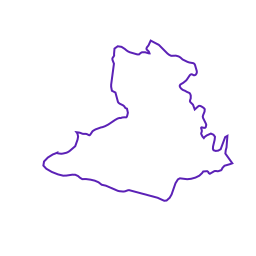 the County of Shkodër, rotated 252°
{"feature_id": "ALB-1498", "entity_name": "Shkodër", "entity_type": "County", "adm_level": 1, "iso_a3": "ALB", "parent_name": "Albania", "parent_adm1": "", "projection": "albers", "projection_center": [19.744, 42.245], "detail": "fine", "context": "isolated", "style": "outline", "palette": "violet", "viewbox_px": 256, "rotation_deg": 252, "n_neighbors": 0, "source": "natural_earth", "source_scale": "10m", "svg_char_len": 2891}
<svg xmlns="http://www.w3.org/2000/svg" viewBox="0 0 256 256"><g transform="rotate(252 128 128)"><path d="M126.2,50.7L126.4,52.9L126.1,52.7L125.3,54.0L124.1,56.6L123.8,58.2L123.5,61.6L123.6,63.1L124.1,65.2L127.0,72.2L132.5,76.4L135.3,77.9L138.3,78.2L139.9,77.7L138.8,80.0L138.4,80.7L137.7,81.6L137.1,82.3L136.5,83.1L136.1,84.0L135.4,86.2L134.8,87.1L133.3,88.6L133.0,89.2L133.3,90.0L135.9,93.3L136.3,94.7L136.7,96.6L136.9,102.3L136.7,104.1L136.8,106.7L137.4,110.3L139.6,118.0L140.2,121.0L140.2,123.0L139.9,123.6L139.7,124.3L139.8,125.3L139.7,126.1L139.3,127.9L138.7,129.5L139.1,130.4L140.2,131.2L142.5,132.6L146.7,133.0L147.6,131.9L148.0,131.6L148.6,131.4L149.3,131.3L150.2,130.9L151.2,130.2L153.6,127.7L154.7,126.9L155.8,126.5L165.6,127.0L168.4,124.2L172.4,124.7L174.5,125.4L193.5,134.5L197.5,134.3L198.7,134.5L199.7,135.3L200.3,136.3L201.2,137.2L202.7,137.6L207.7,139.7L208.9,143.5L207.2,146.9L204.3,149.3L202.2,150.6L200.7,151.8L199.5,153.1L195.1,159.6L194.6,161.3L195.4,163.1L195.7,164.6L194.8,167.6L192.4,171.1L192.3,171.5L194.2,171.4L195.5,170.8L196.7,170.1L197.6,170.0L198.8,170.8L200.2,173.0L204.1,176.6L197.4,183.1L186.7,188.5L184.8,189.8L183.3,191.4L182.0,195.9L180.4,198.3L178.9,199.6L176.3,201.1L172.6,204.9L171.4,206.5L169.5,210.1L168.6,210.9L167.3,211.2L160.8,211.0L159.3,210.5L158.4,209.7L157.7,208.7L157.6,207.7L157.8,206.9L159.2,205.5L159.5,204.9L159.5,204.1L159.1,203.1L155.9,199.0L155.2,197.9L153.9,194.5L153.4,192.2L153.1,191.1L152.1,190.2L151.1,190.1L149.3,190.6L147.4,191.8L145.8,193.7L144.1,195.2L142.9,196.6L142.1,197.4L140.8,197.7L139.4,197.7L136.8,196.8L135.5,195.8L134.4,195.2L133.3,195.3L130.1,197.0L125.0,197.2L126.9,201.5L127.1,202.3L126.9,203.1L126.3,204.0L125.1,205.1L123.7,206.2L122.2,206.8L120.0,205.9L117.0,203.4L115.7,202.6L114.3,202.5L108.2,203.4L106.8,203.4L105.3,202.5L104.7,202.1L104.4,201.4L104.6,200.4L105.2,199.4L105.7,198.6L105.9,198.1L105.7,197.7L105.2,197.5L103.3,197.5L102.3,197.3L101.3,196.7L100.7,196.2L100.2,195.9L99.6,195.8L96.8,196.2L95.0,197.0L95.7,197.9L96.6,200.5L97.1,205.1L95.2,207.2L92.8,208.0L89.9,206.7L84.2,203.2L81.9,202.3L80.4,202.5L79.1,204.3L78.6,206.8L79.2,209.6L89.3,217.6L89.8,220.1L79.1,215.7L76.7,214.1L73.6,212.7L62.2,216.3L62.1,213.9L62.3,208.1L60.9,205.6L59.4,204.1L59.0,203.2L59.1,202.3L59.0,200.8L59.2,199.7L59.9,198.5L60.3,196.9L59.2,191.7L60.1,190.9L61.5,190.7L62.5,189.9L63.4,186.1L62.2,184.5L60.6,181.1L60.0,176.8L60.2,172.3L61.0,168.5L64.1,161.8L63.7,159.6L63.3,159.1L60.8,156.1L51.3,148.9L48.7,146.0L48.7,145.9L47.1,142.3L47.6,140.0L49.0,138.4L52.5,134.6L68.6,109.8L68.8,108.6L68.7,105.5L69.0,103.9L70.6,100.2L71.4,98.9L80.0,89.1L82.2,85.4L85.5,83.2L88.2,80.1L90.5,76.3L92.5,72.1L93.5,68.7L95.5,67.0L97.8,65.6L99.9,63.3L100.8,60.6L101.8,54.7L102.7,51.6L105.5,47.1L109.8,41.9L111.5,40.4L114.5,37.7L118.4,35.9L122.1,37.8L124.7,42.7L126.1,48.4L126.2,50.7Z" fill="none" stroke="#5b21b6" stroke-width="2"/></g></svg>